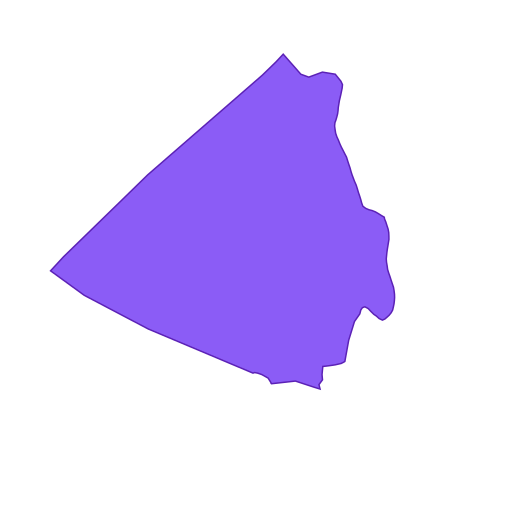 the district of Arma'a, Shabwah, Yemen, rotated 323°
{"feature_id": "15242507B99813098953418", "entity_name": "Arma'a", "entity_type": "district", "adm_level": 2, "iso_a3": "YEM", "parent_name": "Yemen", "parent_adm1": "Shabwah", "projection": "equal_earth", "projection_center": [47.238, 15.391], "detail": "fine", "context": "isolated", "style": "filled", "palette": "violet", "viewbox_px": 512, "rotation_deg": 323, "n_neighbors": 0, "source": "geoboundaries", "source_scale": "gbopen_adm2", "svg_char_len": 1740}
<svg xmlns="http://www.w3.org/2000/svg" viewBox="0 0 512 512"><g transform="rotate(323 256 256)"><path d="M83.0,144.2L95.2,184.1L126.1,249.6L183.1,347.7L184.8,348.3L186.8,350.5L189.3,354.2L192.2,360.8L191.7,366.3L191.4,366.7L191.5,367.3L191.8,367.5L212.2,379.6L223.4,395.7L227.1,400.8L228.9,396.6L234.6,394.9L237.4,390.4L242.9,384.4L245.7,386.1L248.5,387.7L251.2,389.2L253.8,390.6L256.7,391.9L259.4,393.1L262.3,393.6L263.5,393.7L279.3,379.1L295.2,367.6L304.1,364.7L304.6,364.3L307.2,362.2L309.9,361.3L311.8,361.9L312.4,362.1L313.2,363.8L314.0,365.6L314.4,369.5L315.0,373.5L316.0,376.4L316.7,380.1L318.4,383.3L321.1,383.9L324.0,383.7L326.9,383.4L327.2,383.3L329.7,382.7L332.6,381.4L335.0,379.4L337.4,377.3L339.6,375.0L341.6,372.7L343.6,369.9L345.4,366.8L347.0,363.7L348.2,360.1L349.4,356.5L350.6,353.1L351.8,349.3L353.0,346.0L354.8,342.8L356.5,339.5L358.3,336.7L360.4,334.4L362.7,331.9L364.9,329.7L367.2,327.5L369.7,325.1L372.2,322.7L374.1,320.1L376.1,317.2L377.7,314.0L378.9,310.5L380.1,307.1L381.0,303.7L381.8,302.2L380.5,299.1L379.3,295.9L377.9,292.6L376.1,289.6L374.1,287.1L372.3,284.0L371.3,280.5L372.4,277.0L373.7,273.8L374.9,270.4L376.0,267.0L377.4,263.3L378.7,259.6L379.6,255.7L380.6,252.3L381.6,248.9L382.8,245.5L384.1,242.3L385.3,238.6L386.6,234.8L387.8,231.5L388.4,227.9L389.1,224.0L389.7,220.4L390.5,216.8L391.5,213.2L392.3,209.5L393.5,205.9L395.2,202.7L397.0,199.5L399.3,197.0L401.8,195.4L404.2,193.6L406.7,191.6L409.0,189.3L411.1,186.9L413.5,184.6L416.0,182.2L418.4,180.2L420.8,178.2L423.3,176.0L425.7,173.9L428.2,171.2L429.0,167.5L428.7,158.5L419.7,149.1L405.8,144.9L401.2,137.8L399.2,111.2L388.9,113.0L369.9,115.4L218.4,126.0L176.2,131.4L101.8,140.8L83.0,144.2Z" fill="#8b5cf6" stroke="#5b21b6" stroke-width="1.5"/></g></svg>